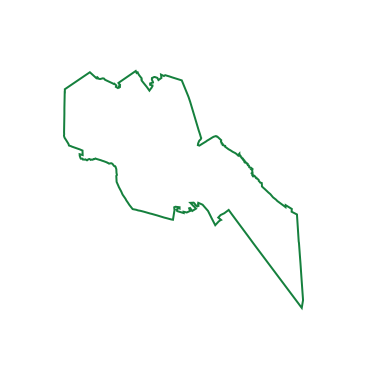 Medņevas pag., Vilakas, Latvia, rotated 233°
{"feature_id": "27541924B53598667549693", "entity_name": "Medņevas pag.", "entity_type": "district", "adm_level": 2, "iso_a3": "LVA", "parent_name": "Latvia", "parent_adm1": "Vilakas", "projection": "robinson", "projection_center": [27.629, 57.125], "detail": "fine", "context": "isolated", "style": "outline", "palette": "green", "viewbox_px": 384, "rotation_deg": 233, "n_neighbors": 0, "source": "geoboundaries", "source_scale": "gbopen_adm2", "svg_char_len": 5463}
<svg xmlns="http://www.w3.org/2000/svg" viewBox="0 0 384 384"><g transform="rotate(233 192 192)"><path d="M283.6,124.4L282.3,126.0L282.1,126.6L281.7,126.7L280.9,127.0L280.5,127.2L280.4,127.4L280.4,127.6L280.6,128.0L280.3,129.5L280.2,129.8L279.6,130.2L279.1,130.3L278.8,130.5L278.6,130.5L278.4,131.2L278.2,131.5L277.9,131.7L277.5,132.2L277.6,133.1L277.5,133.4L277.3,133.7L276.9,134.0L276.9,134.3L276.9,135.0L275.9,135.6L272.0,138.5L271.3,138.9L269.3,140.3L266.6,142.0L266.2,142.0L265.9,142.3L265.7,142.4L265.0,142.8L264.9,142.8L264.9,142.7L264.6,142.8L264.0,144.0L263.7,144.7L262.5,145.4L259.9,145.4L258.9,145.8L258.8,146.1L258.1,146.1L257.0,145.7L255.8,145.3L252.7,143.2L250.8,142.3L250.4,141.2L245.9,138.2L245.5,137.9L240.8,136.8L240.2,136.6L235.1,135.8L231.7,135.0L226.6,134.8L224.9,134.5L222.3,134.4L219.4,134.2L214.1,134.3L213.4,134.9L211.3,136.8L210.1,137.6L209.6,138.0L208.0,139.5L205.1,141.8L199.9,145.7L199.1,146.4L194.1,150.2L188.3,154.4L187.2,155.3L185.8,156.4L182.7,158.8L181.3,160.1L187.0,166.0L187.9,167.0L190.5,168.6L190.2,169.9L187.3,172.9L186.5,172.2L186.3,172.1L187.3,171.2L187.2,169.0L186.1,168.9L185.6,168.7L180.2,172.7L181.3,173.4L178.8,175.5L178.0,179.1L180.7,179.9L180.4,180.8L176.7,180.8L176.6,182.0L176.4,183.9L176.3,185.2L179.1,184.9L180.0,184.7L184.3,184.2L182.5,186.9L181.4,187.1L179.1,187.0L178.9,187.2L177.3,187.5L177.0,188.8L178.2,189.4L178.7,189.5L179.6,190.5L175.5,192.8L167.2,193.4L159.2,191.9L151.5,190.6L152.4,195.5L152.4,196.5L152.4,197.4L152.2,198.4L155.8,197.6L156.4,201.0L155.6,205.0L155.6,210.5L150.2,210.4L121.5,210.2L114.1,210.1L33.4,209.9L38.8,215.6L58.4,228.3L69.9,235.8L76.3,239.9L87.0,246.8L88.2,247.4L110.9,262.3L116.3,259.7L118.4,261.5L125.1,258.9L124.5,258.4L123.6,257.6L125.1,257.2L128.5,256.2L133.5,254.7L135.3,254.5L139.0,253.5L143.1,253.3L145.7,252.7L147.0,252.5L151.1,251.8L151.9,251.6L154.3,251.2L156.2,252.5L157.3,253.1L158.3,252.2L158.6,252.1L159.7,252.2L160.0,252.1L160.7,252.0L161.5,252.5L162.8,252.3L163.3,252.0L163.6,251.9L164.1,252.0L164.1,251.9L164.2,251.7L164.3,251.6L164.6,251.5L164.9,251.5L165.2,251.6L165.3,251.7L165.6,251.6L166.3,251.7L166.9,251.6L167.3,251.6L167.9,251.3L168.1,251.1L168.0,250.9L167.6,250.7L167.6,250.3L167.8,250.1L168.1,250.2L168.4,250.4L168.5,250.2L169.1,250.2L169.3,250.4L169.3,250.6L169.3,250.8L169.5,251.0L170.9,250.8L171.1,250.8L171.2,251.0L171.2,251.3L171.2,251.5L170.9,251.9L171.2,252.1L172.3,252.6L172.5,252.8L172.9,253.0L173.2,253.2L173.2,253.3L173.3,253.4L173.8,253.1L174.2,253.0L174.1,253.5L174.1,253.8L174.3,253.7L174.5,253.8L174.6,254.0L175.0,253.9L175.3,253.8L175.6,253.7L176.1,253.6L176.2,253.4L176.4,253.1L177.0,252.7L177.3,252.6L177.5,252.7L177.8,252.9L178.1,253.1L178.5,253.2L178.9,253.3L179.1,253.2L179.5,252.8L179.7,252.7L179.9,252.8L180.1,253.0L180.7,252.9L181.1,253.0L181.3,253.1L181.3,253.3L181.8,253.2L182.1,253.1L182.3,253.0L182.2,252.8L182.4,252.7L182.6,252.7L182.9,252.7L183.1,252.6L183.4,252.6L183.9,252.8L184.1,252.6L184.4,252.3L184.2,252.3L184.1,252.2L184.1,251.9L184.3,251.9L184.7,252.0L184.8,252.1L185.0,252.3L185.0,252.5L185.3,252.6L185.5,252.8L185.9,252.6L186.4,252.7L186.5,252.6L186.5,252.4L186.7,252.2L187.0,252.2L187.2,252.3L187.3,252.3L187.2,252.4L187.2,252.5L187.4,252.7L187.5,252.7L188.4,252.7L188.6,252.6L188.5,252.4L188.6,252.2L188.8,252.2L189.3,252.1L189.5,252.2L189.5,252.4L189.8,252.4L190.0,252.4L190.2,252.2L190.9,252.2L191.0,252.2L191.4,252.0L191.5,252.0L191.4,252.2L191.4,252.4L191.5,252.5L192.2,252.4L192.6,252.3L192.8,252.4L192.9,252.5L193.6,252.6L193.8,252.7L194.1,252.9L194.0,252.4L193.3,250.8L195.7,250.4L197.2,249.9L199.6,248.7L201.9,247.9L204.2,246.9L208.3,245.7L208.9,246.2L210.9,244.8L211.5,245.4L212.8,244.8L213.5,245.5L214.7,245.3L215.8,246.5L220.7,245.6L221.5,245.3L221.6,244.9L222.3,244.7L223.1,242.5L223.3,241.1L223.6,237.6L223.9,235.0L223.9,233.5L224.3,229.5L224.6,225.8L225.9,224.9L226.6,225.6L227.1,226.1L228.3,228.1L228.6,228.7L228.7,229.4L228.8,230.5L229.5,231.8L229.8,231.8L233.8,233.3L237.1,234.4L253.5,240.5L265.9,245.1L266.0,245.1L269.9,246.4L272.1,247.0L287.3,251.0L295.4,245.2L298.2,243.3L298.7,242.9L301.4,240.9L301.5,240.4L301.5,239.4L304.4,237.9L301.5,236.2L301.6,232.6L304.0,233.0L306.1,231.6L306.6,231.0L307.1,228.6L305.9,227.6L305.5,227.5L303.0,226.9L302.9,226.8L303.1,226.3L303.9,223.9L302.8,223.1L300.9,224.6L300.3,224.1L299.8,222.8L299.6,222.5L299.3,221.3L298.7,219.3L298.6,219.0L302.4,219.1L303.8,219.1L306.7,219.0L310.3,218.9L311.4,218.9L311.8,219.4L312.4,219.4L313.1,220.2L315.5,220.1L317.6,220.1L319.0,220.3L320.3,220.6L320.4,219.4L322.5,219.9L323.4,198.9L323.0,198.8L322.9,199.0L322.4,198.8L321.7,198.9L321.1,199.1L320.8,199.0L320.7,198.7L320.3,198.4L320.0,198.2L320.4,198.1L320.5,197.9L320.4,197.7L320.2,197.6L320.3,197.3L319.7,196.9L319.8,196.7L319.7,196.6L319.5,196.4L319.8,196.2L319.9,195.8L319.8,195.7L319.6,195.6L319.6,195.4L321.1,194.8L321.8,194.5L322.5,195.6L323.3,195.6L325.3,195.1L325.3,194.6L327.1,193.7L333.9,190.1L335.4,190.0L335.7,189.9L336.5,189.1L337.5,186.6L339.4,185.0L340.0,185.6L340.8,185.4L340.8,185.2L340.6,184.1L349.1,182.5L349.4,176.9L350.6,152.3L348.2,150.5L348.3,150.4L347.4,149.7L335.7,140.5L331.2,137.1L316.6,125.7L315.0,124.6L314.1,123.7L313.0,123.2L311.9,122.9L311.3,122.8L310.3,122.8L304.9,122.3L303.9,122.0L303.2,121.7L301.3,123.0L300.5,123.4L297.5,125.4L296.6,126.0L293.6,128.0L291.0,129.5L287.3,126.9L289.8,125.0L288.5,124.1L286.3,123.4L285.5,123.3L284.5,124.6L284.1,124.6L284.1,124.4L283.6,124.4Z" fill="none" stroke="#15803d" stroke-width="2"/></g></svg>